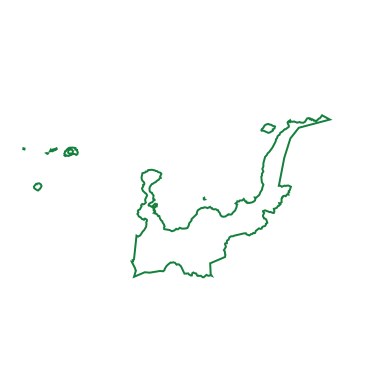 the district of Talasea District, West New Britain, Papua New Guinea, rotated 345°
{"feature_id": "67681753B12348367774956", "entity_name": "Talasea District", "entity_type": "district", "adm_level": 2, "iso_a3": "PNG", "parent_name": "Papua New Guinea", "parent_adm1": "West New Britain", "projection": "albers", "projection_center": [150.421, -5.275], "detail": "fine", "context": "isolated", "style": "outline", "palette": "green", "viewbox_px": 384, "rotation_deg": 345, "n_neighbors": 0, "source": "geoboundaries", "source_scale": "gbopen_adm2", "svg_char_len": 6097}
<svg xmlns="http://www.w3.org/2000/svg" viewBox="0 0 384 384"><g transform="rotate(345 192 192)"><path d="M337.5,151.6L334.6,153.9L333.9,153.8L330.1,155.8L329.2,154.8L328.4,154.9L328.3,154.7L328.7,154.5L327.5,153.3L326.8,153.3L326.6,152.7L326.0,153.1L325.8,152.5L324.6,152.2L324.5,151.8L324.9,151.8L325.0,151.4L323.8,150.8L322.2,150.8L319.2,153.5L317.4,153.9L315.0,153.1L314.1,152.3L311.5,152.2L308.8,150.3L306.9,150.1L306.0,149.5L304.7,150.0L303.6,148.7L302.6,149.2L302.2,150.3L302.7,152.9L302.4,154.1L298.6,155.6L297.7,155.4L295.1,156.9L292.6,157.7L291.2,159.5L290.5,159.5L289.1,160.3L287.9,162.2L286.9,162.7L285.9,164.8L281.2,169.9L277.4,173.0L274.9,174.4L273.8,175.7L271.7,177.0L268.5,182.5L267.4,186.1L265.9,187.9L266.2,190.7L264.3,192.4L263.8,194.3L262.9,195.2L262.0,200.7L262.9,203.3L260.8,206.5L260.4,207.7L258.1,209.8L256.2,212.3L252.7,214.0L251.2,213.6L251.5,215.0L250.6,216.5L249.5,217.1L247.1,217.6L243.9,217.3L243.2,216.6L242.5,216.9L241.7,215.8L241.9,215.1L241.0,214.8L240.2,212.1L238.4,213.1L235.8,212.6L234.7,213.4L233.4,212.7L232.5,213.7L231.2,214.3L232.4,215.7L231.9,216.1L231.2,218.0L228.9,221.0L226.0,222.6L224.6,223.8L223.7,223.9L222.0,223.2L221.6,223.4L221.3,223.0L218.0,224.3L215.8,224.0L214.5,223.3L213.7,222.1L213.3,219.0L212.5,217.8L212.5,216.4L211.4,215.9L211.2,215.3L210.1,214.6L208.7,214.5L207.8,214.0L207.0,213.3L207.0,212.5L205.7,211.8L205.5,211.0L202.8,211.6L201.8,210.7L199.9,210.0L198.4,210.3L197.7,209.9L196.4,210.0L192.8,211.2L191.3,213.2L191.0,214.5L184.5,218.1L184.2,219.4L181.3,221.4L180.1,223.6L178.2,225.6L175.8,225.5L172.6,224.7L171.0,223.4L168.8,224.4L167.8,224.1L167.2,223.5L165.0,224.6L162.4,224.7L160.5,222.9L155.6,220.7L155.8,219.0L156.7,218.1L156.4,217.0L156.6,216.3L155.6,213.6L155.8,212.7L154.8,211.4L154.2,209.1L154.2,206.8L152.9,206.3L152.7,204.9L152.0,203.9L150.4,203.0L150.5,202.7L151.1,202.9L151.1,202.4L150.0,202.1L151.4,201.1L151.2,200.3L150.6,200.4L150.2,199.8L150.4,199.0L151.2,198.6L150.9,197.5L150.2,197.1L149.9,195.5L149.1,195.8L147.6,194.1L146.9,194.1L146.6,193.5L147.5,192.3L149.8,191.6L151.1,191.6L152.3,190.6L153.9,190.0L153.8,189.4L152.8,189.0L152.7,188.5L154.0,185.4L153.0,183.1L153.1,182.4L151.9,181.5L151.4,180.3L151.7,178.0L152.5,176.3L155.1,174.0L156.1,174.0L158.0,173.2L159.4,173.1L161.0,172.1L163.3,171.4L164.2,170.4L165.5,170.3L165.2,168.8L167.1,166.6L166.6,165.3L164.2,163.8L163.7,162.8L162.5,162.4L161.8,161.6L158.9,160.1L155.3,159.5L154.4,160.4L153.4,160.6L152.7,160.3L151.8,161.0L149.0,161.0L147.0,164.9L146.8,166.8L147.0,168.1L148.2,170.4L148.1,171.8L147.6,172.5L146.6,172.5L146.2,174.2L145.1,175.0L144.6,175.7L144.9,178.2L146.7,181.2L147.4,181.8L147.7,183.8L144.9,187.0L144.6,187.9L144.7,190.2L142.8,191.3L141.8,191.3L140.8,190.7L139.4,191.7L139.6,192.7L137.2,195.3L135.5,195.6L134.7,196.5L134.9,198.0L133.6,199.1L134.0,199.9L134.3,201.9L135.9,203.3L136.5,204.9L138.4,206.4L139.1,205.5L139.8,205.6L141.2,207.0L141.0,208.3L139.9,209.4L139.8,210.9L138.7,213.7L135.8,216.5L134.2,217.4L130.8,220.5L128.3,221.1L127.1,219.8L118.6,241.9L117.9,242.5L117.1,242.4L117.1,243.2L116.5,243.5L116.8,244.0L116.1,244.3L115.8,244.1L117.3,251.1L117.2,252.9L117.5,253.3L114.1,258.9L125.6,257.3L130.4,259.0L140.5,260.0L143.7,261.1L145.2,260.3L145.8,259.2L148.1,257.0L149.8,256.0L153.0,254.6L153.4,254.9L155.7,255.1L157.3,256.0L158.3,258.2L159.5,258.1L160.5,258.5L162.1,260.8L163.6,268.9L167.3,269.7L167.8,270.9L169.4,272.4L170.2,272.6L171.2,270.6L172.5,270.1L173.5,271.1L175.0,271.9L175.1,273.3L175.6,274.4L176.3,274.3L176.8,274.8L178.9,275.2L180.2,277.0L181.3,277.4L184.5,275.8L185.9,277.1L188.7,277.4L189.3,277.9L188.8,276.1L191.1,265.6L207.1,263.3L208.1,260.9L207.9,260.4L208.3,257.7L207.7,256.5L210.6,253.7L210.4,250.8L210.9,250.2L212.4,250.5L213.0,248.4L213.9,247.7L214.9,247.6L216.4,245.5L218.4,244.9L220.3,245.4L221.3,245.1L231.3,245.4L233.3,245.8L233.5,246.7L234.3,247.5L236.2,248.8L238.0,248.0L239.1,248.2L240.6,247.4L241.2,247.9L242.3,247.9L243.7,246.0L247.3,244.5L248.5,245.3L249.8,245.4L250.5,244.3L251.4,243.8L253.9,243.7L255.1,242.4L255.2,241.8L256.8,241.2L256.6,238.0L256.1,237.0L254.7,236.1L254.8,235.3L254.3,234.4L254.4,233.2L256.3,230.8L255.5,229.3L255.6,228.9L257.8,228.6L261.9,231.6L262.6,231.6L265.0,233.3L265.7,233.4L266.5,232.2L266.7,229.4L268.1,229.5L269.9,229.1L271.4,227.8L272.4,227.8L274.1,226.8L273.3,226.0L273.3,225.4L274.1,225.7L275.9,225.1L276.7,221.8L277.3,221.4L277.5,220.5L278.4,220.4L278.8,219.7L279.4,219.5L280.8,219.7L281.4,220.3L283.3,218.9L284.5,219.5L284.7,217.9L285.9,217.2L285.6,216.2L286.9,215.5L288.9,212.5L287.0,210.8L284.8,210.3L284.2,210.5L283.0,209.8L280.1,210.2L279.0,208.8L277.5,208.5L289.9,183.0L300.9,165.7L311.8,157.6L343.9,157.7L337.5,151.6ZM283.4,146.0L281.0,146.0L279.4,146.5L277.4,148.5L276.0,149.2L275.0,150.3L275.1,150.8L276.8,151.2L281.0,154.6L282.4,154.7L286.1,153.6L286.2,152.4L288.1,152.0L289.1,150.2L287.2,149.0L285.6,147.4L284.1,146.8L283.4,146.0ZM88.5,118.3L85.0,117.5L83.2,118.0L81.2,119.3L80.8,119.9L79.9,119.9L79.2,121.4L78.6,121.9L78.9,122.7L78.2,123.6L78.9,124.5L80.2,124.1L80.6,124.7L81.6,124.8L81.9,125.2L85.2,124.9L85.6,124.2L85.1,123.4L83.6,123.3L82.6,122.2L82.6,121.7L83.4,119.7L85.7,119.5L87.0,120.2L87.6,121.5L87.1,122.6L86.9,124.6L88.6,124.9L89.7,126.2L91.0,125.9L92.0,124.0L91.6,123.3L91.9,121.6L90.4,120.9L90.9,120.4L90.5,119.8L90.7,119.3L88.5,118.3ZM46.7,144.1L44.7,143.8L44.1,144.4L43.4,143.9L40.7,145.9L40.6,147.5L43.1,150.4L44.0,150.7L44.8,150.0L45.6,149.9L47.9,147.8L48.2,147.0L48.0,145.6L46.7,144.1ZM153.7,194.4L153.3,193.8L151.7,194.6L151.1,195.6L151.5,196.5L152.8,197.1L153.6,196.0L154.3,196.5L155.0,194.8L154.3,194.4L153.7,194.4ZM72.5,115.5L72.4,114.7L70.9,115.0L68.8,114.9L67.3,115.1L66.5,115.6L66.7,116.1L67.9,116.6L69.4,115.9L69.9,116.2L71.2,116.0L72.5,115.5ZM41.1,107.5L41.5,106.7L40.5,106.1L40.1,106.9L41.1,107.5ZM304.3,149.3L305.4,149.0L305.3,148.1L304.1,148.8L304.3,149.3ZM201.9,202.1L202.3,201.2L202.3,200.8L201.7,201.0L201.5,202.1L201.8,202.5L202.3,202.5L201.9,202.1ZM62.6,117.6L62.0,116.8L61.4,116.8L62.1,117.7L62.6,117.6ZM65.8,115.8L65.9,115.3L65.2,116.0L66.3,116.0L65.8,115.8Z" fill="none" stroke="#15803d" stroke-width="2"/></g></svg>